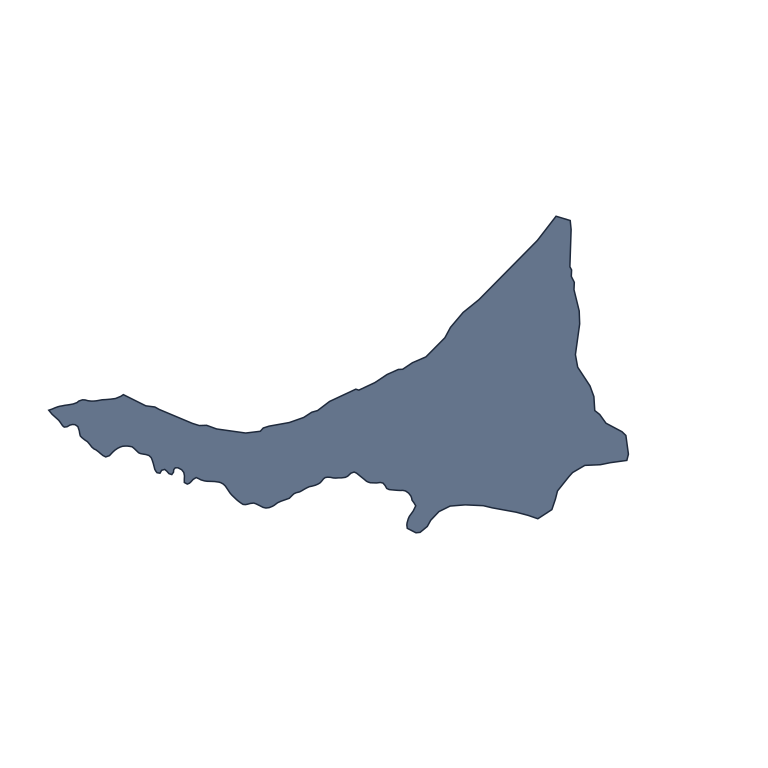 Chimaltenango, Chimaltenango, Guatemala (Mercator projection), rotated 222°
{"feature_id": "79465075B80074787415799", "entity_name": "Chimaltenango", "entity_type": "district", "adm_level": 2, "iso_a3": "GTM", "parent_name": "Guatemala", "parent_adm1": "Chimaltenango", "projection": "mercator", "projection_center": [-90.802, 14.686], "detail": "fine", "context": "isolated", "style": "filled", "palette": "slate", "viewbox_px": 768, "rotation_deg": 222, "n_neighbors": 0, "source": "geoboundaries", "source_scale": "gbopen_adm2", "svg_char_len": 3243}
<svg xmlns="http://www.w3.org/2000/svg" viewBox="0 0 768 768"><g transform="rotate(222 384 384)"><path d="M615.6,140.2L610.4,139.4L604.8,139.4L601.4,139.4L598.5,138.8L594.9,137.9L592.8,138.0L590.9,140.2L589.9,143.3L588.4,145.5L586.3,147.1L583.0,147.5L579.1,145.3L577.3,143.8L575.0,142.2L572.8,142.0L569.1,142.2L565.8,142.7L562.1,142.2L558.9,141.6L556.0,141.7L554.1,142.3L550.7,142.6L548.3,142.6L544.9,142.8L542.0,143.6L540.1,147.0L540.0,151.6L539.7,154.7L538.9,158.0L537.8,160.7L536.6,162.8L535.2,164.3L533.4,166.0L531.1,167.6L529.1,168.8L526.4,168.9L523.1,168.8L520.3,168.7L518.3,169.4L515.7,171.0L513.7,172.3L510.8,173.6L507.8,173.5L505.8,172.6L502.5,170.7L499.0,168.4L497.4,167.3L495.5,166.6L493.3,166.2L490.8,167.8L491.5,171.1L489.8,173.8L487.1,173.9L483.8,173.5L481.1,174.7L481.4,177.6L483.0,179.7L483.0,182.1L481.0,183.9L477.0,184.9L473.6,184.3L470.8,182.2L468.7,179.6L466.5,177.2L463.2,178.0L462.2,180.1L462.0,182.1L462.0,185.3L461.0,188.8L458.2,189.7L455.8,190.3L452.5,191.9L450.3,193.4L447.0,196.2L444.6,198.2L440.9,200.7L439.1,201.5L436.4,202.1L433.6,202.0L429.2,200.9L425.2,199.9L422.6,199.6L419.3,199.5L416.1,199.4L413.7,199.5L410.6,199.8L408.2,200.2L406.3,201.6L405.0,203.3L403.4,205.8L401.1,208.4L398.9,209.3L395.1,210.4L391.3,211.4L388.8,212.8L386.6,215.3L385.0,218.6L384.4,220.5L384.0,222.6L383.6,224.6L382.1,228.0L381.0,230.0L377.9,235.7L377.7,239.8L377.5,242.1L376.6,244.3L374.5,247.4L373.5,250.2L372.9,252.3L371.9,255.1L370.8,257.7L369.3,259.7L367.3,262.8L366.1,265.4L365.4,267.6L365.3,269.6L365.5,273.1L365.1,275.1L363.6,277.0L361.2,278.9L358.9,280.2L357.0,281.7L355.2,283.6L352.8,285.8L350.3,288.7L349.3,291.1L348.9,295.6L347.3,298.6L344.7,299.4L338.7,299.7L335.5,299.9L332.0,300.0L330.2,300.5L328.0,301.5L326.5,302.8L323.3,305.5L320.9,308.3L318.5,309.7L315.3,309.3L312.1,308.2L309.5,309.0L307.2,310.7L304.0,313.1L302.2,314.5L300.4,316.0L298.9,317.5L296.5,318.9L292.7,319.4L289.0,318.7L287.1,317.7L285.4,316.4L282.4,315.8L278.9,314.7L277.3,309.1L276.6,302.6L275.8,300.1L273.9,296.2L272.6,294.4L270.1,292.3L260.7,294.8L257.9,297.9L256.5,307.1L258.1,314.0L257.8,325.9L253.2,337.5L242.8,348.5L228.8,360.0L220.7,364.4L200.1,377.1L189.0,382.8L179.5,386.8L175.2,403.0L179.6,413.2L183.5,420.6L184.6,439.0L184.6,444.4L180.3,457.9L169.2,468.8L163.3,476.8L152.4,489.7L155.4,495.4L169.8,507.6L175.2,507.8L192.8,503.4L203.3,505.7L209.6,505.3L219.6,515.1L229.6,520.4L251.3,526.1L261.4,533.9L278.8,559.6L287.8,568.9L305.9,581.2L310.6,586.9L316.8,589.3L320.9,594.3L324.3,595.5L348.3,624.0L355.0,630.1L368.4,623.8L366.1,593.3L369.9,510.2L373.1,490.1L372.5,470.6L369.7,459.1L371.0,432.2L377.1,418.9L380.0,407.4L383.1,404.4L388.1,393.1L391.7,379.0L398.6,362.6L401.5,361.3L412.8,334.6L415.6,319.8L418.8,314.7L421.3,305.4L428.6,292.0L441.2,275.8L444.3,270.5L444.3,266.1L454.0,255.0L478.3,238.6L488.2,234.6L493.5,229.5L500.1,226.5L534.0,214.7L538.9,213.6L546.4,208.4L570.6,201.7L571.3,198.8L572.7,195.9L573.8,193.6L577.2,189.6L580.5,186.1L582.9,183.7L584.8,181.2L586.7,178.8L588.4,177.0L590.0,175.5L592.8,173.5L595.4,172.2L597.5,170.5L599.4,167.1L599.7,164.8L601.6,161.2L603.3,159.0L604.8,157.1L607.1,154.4L608.7,152.2L610.0,150.6L611.1,148.9L612.6,146.1L613.8,143.4L615.6,140.2Z" fill="#64748b" stroke="#1e293b" stroke-width="1.5"/></g></svg>